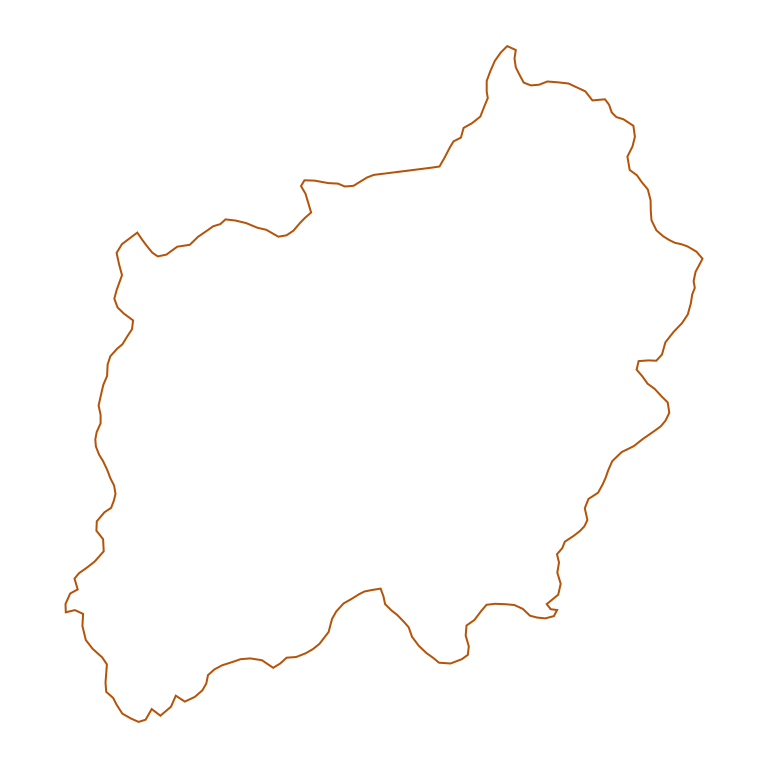 Limeira, São Paulo, Brazil (Albers equal-area conic projection)
{"feature_id": "56859067B82749177744727", "entity_name": "Limeira", "entity_type": "district", "adm_level": 2, "iso_a3": "BRA", "parent_name": "Brazil", "parent_adm1": "São Paulo", "projection": "albers", "projection_center": [-47.363, -22.592], "detail": "fine", "context": "isolated", "style": "outline", "palette": "amber", "viewbox_px": 768, "rotation_deg": 0, "n_neighbors": 0, "source": "geoboundaries", "source_scale": "gbopen_adm2", "svg_char_len": 3171}
<svg xmlns="http://www.w3.org/2000/svg" viewBox="0 0 768 768"><path d="M562.3,548.1L564.8,541.7L573.6,535.9L579.8,531.1L584.4,526.3L587.4,520.0L584.8,508.2L588.5,498.9L598.1,492.7L602.8,484.1L605.6,477.8L608.2,470.3L612.2,461.2L621.6,452.1L633.8,446.1L642.9,438.9L654.5,430.9L660.9,426.2L665.6,420.5L669.3,412.8L667.7,402.4L661.7,396.5L654.7,388.9L647.7,383.8L642.0,375.9L636.6,369.7L638.6,361.1L648.3,360.4L656.3,360.7L662.0,354.5L665.4,342.3L673.5,332.0L682.1,323.0L687.8,314.4L690.9,303.1L692.2,294.5L694.8,287.9L693.6,281.2L695.6,271.7L699.5,264.5L702.5,258.7L696.5,251.7L687.3,246.3L681.3,244.2L674.9,242.8L669.4,240.1L663.2,236.3L656.4,230.3L651.5,220.3L650.8,211.2L650.6,200.3L647.8,189.4L641.5,181.8L637.0,175.3L629.7,170.0L627.4,156.6L632.5,146.4L634.9,136.7L633.4,125.8L623.5,119.3L616.4,117.1L611.7,112.4L609.1,104.8L605.0,99.3L592.4,100.4L585.4,91.4L575.3,86.7L568.6,83.5L557.6,82.3L547.3,81.5L539.2,84.7L530.9,85.4L523.7,82.6L519.8,75.4L515.8,67.4L514.5,58.4L515.8,50.0L507.2,46.1L500.7,52.6L494.8,60.9L490.4,71.0L486.7,80.9L486.7,91.6L487.8,98.1L485.0,104.7L480.3,116.6L472.0,123.2L463.6,127.9L460.9,137.6L453.6,141.3L450.2,146.8L444.6,157.6L439.5,166.5L432.1,167.6L373.7,174.9L367.0,177.5L353.5,185.8L344.9,186.5L337.9,183.6L328.3,183.1L314.5,180.6L304.4,180.3L301.0,186.1L305.5,193.7L311.1,212.5L304.8,218.0L299.7,223.3L293.4,230.7L286.5,235.3L278.4,236.7L266.3,229.8L257.3,227.7L246.2,223.1L235.3,220.5L225.5,219.4L220.3,224.1L213.1,226.3L207.5,230.3L197.9,236.9L189.8,244.8L177.2,246.7L166.4,254.6L157.8,256.4L152.3,252.7L147.0,246.2L142.0,239.5L137.3,232.6L127.3,240.1L121.9,244.2L116.6,252.9L119.0,264.0L122.0,275.2L119.0,283.5L116.6,290.1L114.3,298.7L117.6,307.5L124.0,313.7L133.1,320.4L132.0,329.2L127.0,336.8L122.4,344.3L117.0,348.8L110.3,356.3L107.6,364.6L107.1,375.9L103.3,384.9L100.7,396.1L98.6,405.5L100.6,414.9L100.6,423.3L96.7,432.0L95.3,439.5L95.9,446.5L99.1,454.7L103.1,461.2L107.2,469.9L110.4,478.3L114.1,485.6L115.5,493.9L113.8,500.8L111.1,507.9L104.5,512.2L96.8,521.3L96.4,530.7L103.1,539.2L103.7,551.3L94.7,561.5L86.8,567.7L79.1,573.1L74.5,578.6L77.7,589.4L70.2,593.5L65.5,603.9L65.8,612.3L74.9,610.1L83.1,613.9L82.4,625.9L85.8,640.0L92.6,648.8L102.2,657.4L106.9,664.4L105.5,682.5L106.2,691.8L113.2,698.0L116.3,704.2L122.3,713.6L130.9,718.5L138.6,721.9L145.6,719.7L151.7,709.1L160.4,715.7L171.0,706.7L175.8,695.7L184.8,701.6L194.8,696.9L202.4,690.3L206.3,683.5L208.0,675.1L214.4,669.4L222.1,665.3L232.1,662.1L240.5,659.2L250.2,658.4L261.9,660.2L273.2,667.8L280.2,663.5L286.6,657.7L296.2,657.0L305.6,653.3L312.9,649.1L319.5,643.8L328.6,632.0L332.0,619.0L336.3,611.4L343.6,603.4L351.4,599.0L358.9,594.3L364.4,591.5L372.0,590.0L380.6,588.6L383.4,596.2L385.1,604.1L391.3,610.3L397.4,615.1L403.7,621.6L408.7,627.3L412.0,636.8L418.8,645.8L426.4,653.0L433.5,658.1L439.0,662.7L450.5,663.5L461.8,659.2L467.8,654.9L468.8,646.5L465.7,635.5L466.5,625.5L474.4,620.0L481.2,611.0L486.5,604.8L494.9,603.8L505.2,604.2L514.3,605.0L522.8,608.9L530.0,615.7L536.9,617.5L545.2,618.4L553.9,616.1L557.1,610.0L550.7,609.2L546.7,604.1L558.2,594.7L560.7,583.8L557.3,572.7L559.0,562.5L557.0,554.2L562.3,548.1Z" fill="none" stroke="#b45309" stroke-width="2"/></svg>